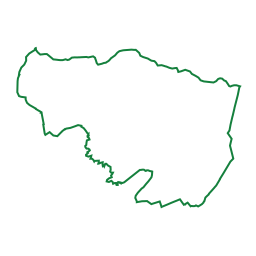 Senjeh, Bomi, Liberia, rotated 91°
{"feature_id": "62588387B88523823709040", "entity_name": "Senjeh", "entity_type": "district", "adm_level": 2, "iso_a3": "LBR", "parent_name": "Liberia", "parent_adm1": "Bomi", "projection": "robinson", "projection_center": [-10.869, 6.837], "detail": "fine", "context": "isolated", "style": "outline", "palette": "green", "viewbox_px": 256, "rotation_deg": 91, "n_neighbors": 0, "source": "geoboundaries", "source_scale": "gbopen_adm2", "svg_char_len": 4275}
<svg xmlns="http://www.w3.org/2000/svg" viewBox="0 0 256 256"><g transform="rotate(91 128 128)"><path d="M203.0,53.0L202.9,52.8L201.2,51.2L200.2,50.9L199.9,50.4L196.2,49.4L194.5,47.7L194.2,47.4L193.0,46.1L192.6,46.0L192.4,46.0L186.5,40.9L185.6,40.2L184.0,38.8L177.7,35.2L177.5,35.3L171.8,31.9L161.0,25.7L160.1,25.2L159.9,25.1L156.8,22.2L156.4,22.3L148.6,24.4L144.3,25.6L143.8,25.7L140.5,25.0L137.0,24.2L131.4,28.2L129.0,26.7L128.7,26.5L122.7,25.5L114.4,23.7L114.2,23.6L106.8,22.0L106.1,21.9L93.1,18.8L85.5,17.4L84.7,16.9L84.4,16.7L83.4,20.3L83.4,22.6L84.0,24.8L84.7,26.3L84.3,27.6L82.3,28.9L79.5,30.9L79.4,31.0L79.2,31.6L78.8,32.7L77.0,34.7L76.7,36.8L76.9,37.3L77.2,38.2L77.5,38.8L79.6,40.6L81.0,43.3L80.1,53.0L79.2,55.8L79.0,56.3L76.4,58.4L75.4,60.1L75.0,60.8L74.7,61.3L72.8,65.1L70.4,67.0L68.8,71.8L69.0,72.3L70.4,76.0L71.1,78.7L70.9,78.8L70.6,78.6L69.1,79.3L67.1,80.4L67.3,82.2L67.8,84.8L67.1,87.7L65.9,90.7L65.7,91.7L65.1,93.6L64.6,95.5L64.8,97.2L65.0,99.2L65.0,99.4L62.3,101.1L60.7,102.7L60.3,105.7L60.1,106.1L60.0,106.3L58.2,109.4L56.8,114.1L55.5,116.9L52.7,118.1L49.7,121.6L49.8,122.9L49.6,125.9L49.9,129.0L50.2,132.2L50.4,134.2L51.2,137.4L51.3,137.9L52.9,140.0L55.6,142.2L58.7,146.4L59.6,147.0L61.3,148.6L62.5,150.5L63.1,151.3L63.4,153.2L64.2,155.2L65.2,159.0L64.5,159.6L63.6,160.4L60.5,161.4L60.2,161.6L58.3,162.2L57.0,164.1L57.1,164.6L58.1,168.9L57.7,170.8L57.7,171.0L58.2,178.1L58.3,180.2L58.3,180.4L58.3,180.6L58.3,182.4L58.6,185.3L59.5,186.5L60.6,187.9L61.0,189.2L61.1,189.6L60.4,191.6L60.8,192.9L61.0,193.5L61.3,194.7L61.3,197.6L60.9,201.4L60.7,203.9L59.6,205.2L56.8,208.7L55.5,210.4L55.5,211.2L55.5,212.5L55.8,214.5L56.1,217.0L54.0,219.5L51.7,221.3L49.7,221.6L49.8,221.9L50.6,222.5L51.5,222.3L52.3,223.6L54.6,227.1L55.3,228.1L58.9,231.2L59.6,231.1L62.5,231.0L63.8,231.6L66.4,232.8L69.4,235.7L73.9,237.6L76.9,238.0L76.9,237.6L80.1,238.9L83.0,239.2L94.2,239.3L96.7,238.1L98.0,237.5L98.7,235.3L99.2,230.9L101.5,230.8L104.6,229.4L106.7,226.9L108.9,222.9L109.2,222.4L110.2,220.5L110.6,220.5L113.6,215.1L113.9,215.2L113.8,214.9L113.9,214.7L115.3,214.5L119.6,213.6L125.8,212.3L126.0,212.8L134.9,211.2L135.8,210.8L136.3,210.5L133.5,206.3L135.0,204.6L136.8,202.5L137.4,198.5L133.8,195.1L132.6,193.9L132.3,193.7L130.3,191.2L130.5,191.0L129.7,189.8L128.9,185.6L128.6,184.8L127.2,181.0L126.0,178.0L126.6,174.6L127.5,174.7L128.9,172.3L131.2,170.4L135.0,167.7L134.7,167.4L135.9,167.4L136.4,168.0L136.8,168.4L137.4,168.1L137.3,167.7L137.9,168.0L138.8,166.8L140.2,166.3L140.6,167.5L141.1,168.9L143.7,169.3L145.7,169.4L146.8,170.5L148.0,170.2L149.3,169.1L149.3,167.5L150.1,166.2L151.0,165.8L151.8,166.6L152.9,168.2L153.7,167.6L155.5,169.5L156.5,169.4L157.3,167.1L156.3,164.2L158.2,164.6L159.4,165.0L159.4,163.3L160.6,162.0L162.1,161.2L161.5,160.8L161.3,158.5L161.2,156.7L161.6,156.8L162.4,156.5L164.2,157.1L164.2,156.8L163.2,154.6L162.7,152.7L163.0,152.7L165.0,152.8L166.5,152.5L165.8,151.6L166.8,151.1L164.2,150.1L164.2,149.0L165.9,147.3L167.2,144.8L170.2,144.6L171.8,145.1L172.7,144.5L172.9,143.3L172.9,142.3L174.2,142.9L175.8,144.1L177.5,143.4L178.6,146.0L180.2,148.0L181.8,148.4L182.3,146.1L181.1,143.8L182.1,142.5L184.0,141.9L183.3,140.5L183.2,139.2L185.1,138.5L185.1,137.3L182.8,137.5L182.2,136.9L182.5,136.1L183.3,134.5L182.6,134.6L183.1,132.8L183.0,132.5L182.4,130.9L177.4,124.8L175.6,122.6L169.7,115.4L169.7,114.6L169.6,113.7L169.4,113.2L169.4,112.7L169.4,111.7L169.5,111.2L169.7,110.8L169.9,110.6L170.0,110.4L170.5,110.0L170.6,109.7L170.6,109.4L170.5,109.2L170.4,109.0L170.1,108.7L170.0,108.4L170.0,108.1L170.0,107.8L170.0,107.4L170.0,107.2L170.1,106.7L170.3,106.3L170.7,105.3L170.8,104.5L170.9,104.2L170.9,103.6L171.0,103.3L171.1,103.0L174.7,103.2L176.9,103.7L181.0,106.7L183.7,109.0L187.1,111.6L187.2,111.8L188.3,113.3L192.5,117.0L195.6,119.1L197.8,119.5L201.2,117.9L202.0,117.9L201.4,114.8L201.0,112.8L200.9,111.0L200.8,108.4L200.7,107.7L200.9,107.4L203.3,103.9L203.7,103.3L203.4,102.5L202.5,99.8L200.9,95.0L204.2,93.8L206.4,93.1L206.0,92.3L203.6,86.8L202.1,83.5L200.6,80.0L199.9,78.3L198.5,75.1L198.4,74.8L201.7,72.4L202.9,71.5L203.8,70.8L203.3,69.9L203.4,69.4L202.9,69.2L201.6,67.1L202.6,66.2L205.2,64.0L204.9,63.4L204.9,62.2L205.0,62.0L204.9,59.8L204.2,58.7L204.4,58.2L205.2,56.5L204.0,54.5L203.0,53.0Z" fill="none" stroke="#15803d" stroke-width="2"/></g></svg>